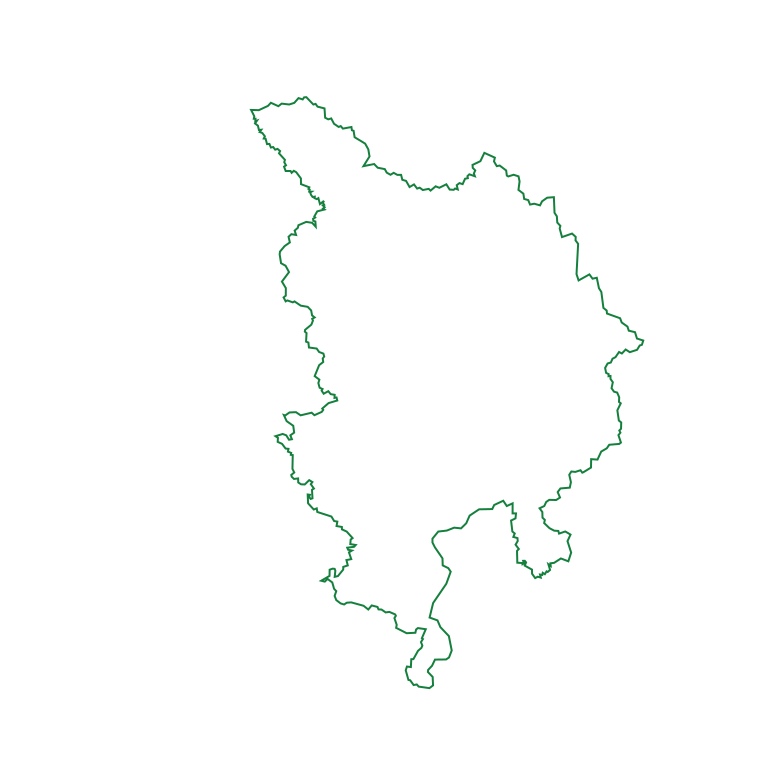 outline of Medio Baudó(boca De Pepé), Chocó, Colombia, rotated 298°
{"feature_id": "7082276B42421945632945", "entity_name": "Medio Baudó(boca De Pepé)", "entity_type": "district", "adm_level": 2, "iso_a3": "COL", "parent_name": "Colombia", "parent_adm1": "Chocó", "projection": "mercator", "projection_center": [-77.017, 5.148], "detail": "fine", "context": "isolated", "style": "outline", "palette": "green", "viewbox_px": 768, "rotation_deg": 298, "n_neighbors": 0, "source": "geoboundaries", "source_scale": "gbopen_adm2", "svg_char_len": 6166}
<svg xmlns="http://www.w3.org/2000/svg" viewBox="0 0 768 768"><g transform="rotate(298 384 384)"><path d="M583.8,260.0L587.4,254.5L588.1,242.2L593.3,238.3L593.0,236.5L595.6,234.6L590.2,227.8L591.4,224.7L589.7,223.3L590.3,217.7L593.7,212.7L591.5,210.5L591.5,207.0L599.4,202.1L597.7,195.1L599.2,192.1L597.6,190.4L600.8,180.8L599.6,178.9L597.1,178.6L596.3,174.3L590.1,172.8L586.3,169.1L583.5,162.0L579.7,160.3L579.2,152.1L575.1,151.0L567.0,144.9L563.6,138.0L559.5,143.8L557.1,144.5L557.9,146.0L555.6,147.0L556.9,148.2L553.5,147.8L552.9,151.4L549.6,154.3L550.9,156.3L548.1,155.9L548.5,158.7L546.8,162.5L544.3,162.6L545.0,164.3L540.9,168.1L542.2,170.1L539.7,173.1L541.2,174.9L539.8,177.9L541.6,179.6L540.9,182.9L538.4,183.0L535.4,191.3L533.0,191.8L531.1,194.8L529.0,193.7L525.9,197.2L528.2,201.5L527.1,203.3L529.9,204.3L529.8,207.1L526.5,214.1L521.5,216.9L522.6,225.7L520.8,225.7L520.8,227.1L518.8,227.6L519.8,229.7L518.4,228.9L516.8,230.7L515.6,233.1L516.9,234.9L515.5,235.3L515.7,237.9L517.3,238.8L512.8,243.0L517.5,245.0L515.2,245.1L514.1,247.1L513.0,246.1L512.2,248.6L510.3,247.8L510.1,249.5L505.1,244.0L499.2,243.8L498.7,245.1L496.6,243.8L494.9,245.0L495.3,247.1L490.8,249.9L492.6,244.9L490.6,239.2L484.0,233.9L481.5,234.6L477.5,233.1L474.3,236.4L472.8,231.9L469.2,230.6L464.8,234.4L459.1,231.5L452.1,230.0L449.5,231.0L442.3,236.4L442.2,241.6L438.2,247.6L426.5,245.8L422.6,252.3L415.9,255.8L413.3,254.7L410.8,258.4L412.4,259.4L413.3,265.2L414.9,266.2L414.1,273.7L416.3,280.4L414.7,285.2L410.8,288.3L410.2,291.5L407.8,290.0L406.6,291.5L402.3,292.0L394.8,288.9L393.1,289.5L392.6,291.7L384.8,295.3L385.1,297.8L381.0,300.6L383.7,307.9L381.8,311.7L382.4,316.2L380.2,318.3L377.8,317.9L374.9,320.0L370.2,317.9L358.4,319.1L357.5,324.9L354.0,325.6L350.5,328.9L350.7,332.1L348.9,332.0L347.1,335.3L351.5,338.2L350.0,341.7L351.3,345.5L348.5,346.8L349.8,348.4L347.5,350.5L341.1,344.0L333.3,341.0L332.6,342.5L330.1,342.1L323.8,337.2L324.7,333.6L317.2,325.1L317.8,319.5L314.5,313.9L309.9,311.6L309.6,310.1L305.5,315.5L304.5,323.5L298.9,327.5L294.7,325.4L292.0,328.6L290.2,326.3L292.8,321.8L292.3,318.0L287.0,312.7L286.7,315.6L283.0,317.3L283.3,322.1L280.8,327.4L281.9,330.1L279.2,330.9L279.6,334.4L277.7,335.0L278.4,336.8L266.1,343.0L263.7,346.3L260.2,344.8L258.8,346.0L257.9,349.1L260.3,352.5L256.8,354.5L256.5,357.9L258.1,361.2L264.0,363.1L263.8,366.8L261.2,366.4L258.8,371.2L256.8,370.1L249.5,374.5L248.1,373.2L249.1,370.9L251.4,370.6L250.6,368.5L243.0,373.0L240.2,380.9L242.6,383.0L239.7,385.2L242.3,399.8L239.6,404.3L240.6,407.4L236.3,408.8L238.0,413.9L235.9,415.1L236.2,420.3L233.2,428.6L231.0,427.6L226.8,429.4L228.6,434.6L226.2,434.0L222.2,428.4L220.8,430.1L221.9,433.9L218.9,432.1L214.0,437.3L210.9,433.5L206.8,437.2L203.4,433.9L201.0,435.1L192.8,433.5L190.6,431.0L196.3,428.7L197.6,427.2L196.9,425.4L194.5,423.2L189.0,426.0L180.8,420.9L181.7,424.5L185.4,425.7L184.5,431.5L179.7,436.1L178.7,439.1L173.7,439.9L170.8,443.3L169.9,448.7L170.6,452.3L173.4,453.8L175.8,457.6L178.6,470.1L177.5,476.0L182.7,477.1L184.1,482.9L182.4,485.0L183.7,487.7L183.1,492.7L185.3,495.8L185.8,502.0L184.9,503.3L182.2,503.1L177.3,508.3L174.4,509.2L174.6,521.0L179.1,528.5L182.3,527.6L184.4,528.5L187.1,536.0L177.3,536.8L177.1,538.1L173.5,537.8L171.0,540.7L168.5,540.9L164.5,539.3L154.9,539.1L153.8,537.3L146.7,540.6L145.3,536.9L141.4,537.6L134.2,544.5L134.7,546.2L132.1,551.5L134.1,554.0L133.1,556.7L136.8,566.9L140.9,568.8L148.2,564.5L150.3,558.0L152.3,557.2L157.8,558.7L164.6,558.4L169.9,568.1L173.1,569.8L180.5,568.9L191.9,559.6L195.8,547.9L200.4,542.2L199.2,533.9L213.7,530.2L236.9,532.8L249.6,531.0L251.6,527.2L251.4,521.0L257.5,517.5L263.7,505.6L266.8,501.2L270.2,499.4L279.2,501.2L284.1,508.3L290.1,513.4L292.7,519.8L299.6,522.0L308.0,521.4L318.0,526.8L324.4,538.3L328.9,538.1L336.9,544.1L333.9,549.7L339.0,553.6L330.1,558.3L331.7,561.3L327.1,563.2L323.1,560.3L314.0,566.6L313.4,569.6L309.7,570.0L310.6,574.2L308.1,575.8L303.9,575.6L301.6,580.5L299.1,579.8L288.8,585.6L290.9,590.3L289.9,590.9L291.4,591.9L293.2,589.9L294.0,591.3L293.2,593.2L289.7,593.5L289.6,601.8L286.0,603.8L283.6,608.6L286.0,610.2L286.7,613.3L289.0,611.2L289.7,613.4L291.8,612.8L291.6,615.3L294.9,615.5L294.9,616.8L297.8,617.9L302.0,613.8L301.6,616.6L303.8,615.1L306.0,618.2L313.0,622.1L314.0,630.0L323.0,628.4L331.4,619.8L338.6,619.4L338.9,613.3L334.1,608.8L336.1,606.9L334.4,603.1L334.4,597.8L336.4,590.7L339.5,589.8L340.4,586.7L345.3,583.9L347.3,579.7L351.5,582.8L356.0,582.6L359.3,584.3L362.4,590.5L366.4,592.7L370.1,588.1L374.6,588.8L379.7,596.7L385.1,595.1L390.8,590.2L394.7,590.5L396.2,594.2L400.1,598.0L398.8,600.7L399.6,601.4L407.4,606.0L414.9,602.2L417.5,608.0L426.3,607.5L431.8,610.9L436.1,611.4L441.5,619.8L443.5,620.7L448.9,615.0L452.0,615.6L453.4,613.6L455.8,614.3L461.4,611.5L462.0,608.5L470.3,602.4L478.1,602.1L478.5,599.9L482.7,597.9L485.9,593.9L485.2,590.7L487.1,586.9L493.0,585.2L494.8,581.6L497.4,580.2L496.3,578.6L498.2,577.7L498.1,574.9L502.0,571.7L507.1,571.8L509.5,574.2L513.6,573.9L516.4,575.8L522.6,576.5L522.6,579.7L527.9,581.2L527.5,586.1L533.0,591.4L538.0,591.7L539.7,593.3L544.1,592.5L542.9,586.0L547.6,581.3L546.0,575.1L549.0,572.0L549.9,565.0L552.9,561.6L550.9,547.8L553.4,546.1L554.2,542.0L567.3,532.7L569.5,528.8L577.7,522.0L574.9,518.7L577.2,513.9L566.8,507.2L571.4,502.4L598.9,489.6L600.7,485.7L603.9,484.2L605.1,479.4L597.3,472.2L603.8,466.1L606.4,465.5L607.9,461.2L613.2,457.9L615.2,454.2L628.7,446.3L625.1,440.6L619.5,437.8L615.0,437.9L613.7,432.0L611.0,428.7L614.1,425.0L613.2,420.9L617.5,417.7L618.5,411.6L626.5,408.6L630.5,405.3L629.6,400.2L625.6,396.3L625.7,394.6L629.9,391.6L631.2,383.6L629.3,381.3L632.2,376.6L635.9,375.6L635.2,364.1L626.0,364.5L619.0,359.3L616.5,360.9L615.4,364.3L612.1,364.5L610.1,366.7L609.2,360.9L606.7,360.1L605.1,361.4L603.3,359.2L597.4,359.6L596.8,356.3L593.7,354.9L590.4,357.8L590.0,355.0L588.2,354.4L586.5,350.7L589.6,345.3L583.2,340.7L582.8,336.8L576.6,334.3L577.3,331.9L573.5,327.2L574.1,323.4L572.1,321.5L574.3,316.8L569.9,314.1L573.7,308.1L572.9,304.3L576.7,300.9L574.9,297.6L575.0,293.4L571.8,291.5L571.9,287.2L574.1,283.8L572.0,276.9L573.6,272.0L566.7,263.6L578.1,264.4L583.8,260.0Z" fill="none" stroke="#15803d" stroke-width="2"/></g></svg>